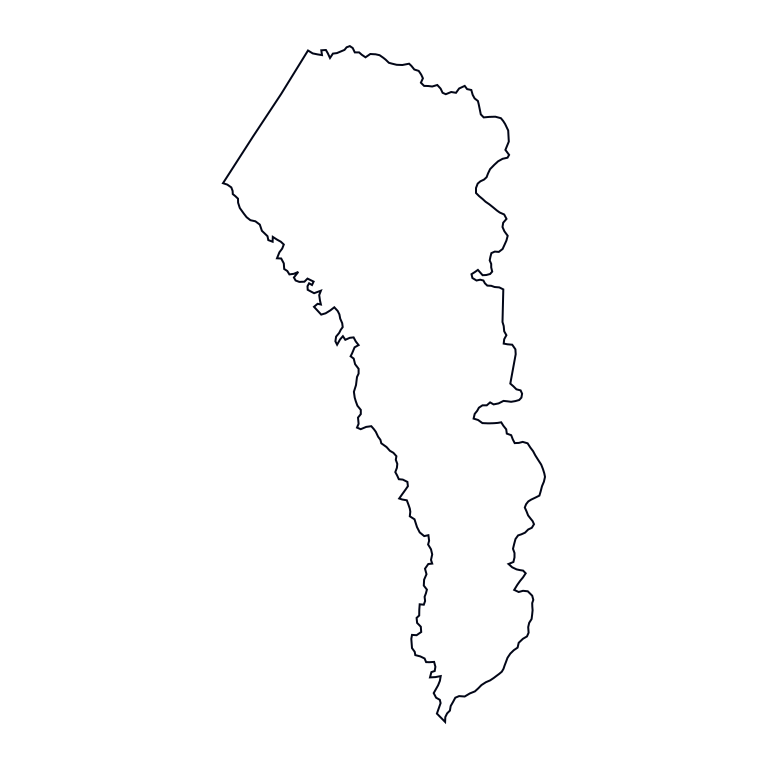 Colméia, Tocantins, Brazil
{"feature_id": "56859067B96092226018551", "entity_name": "Colméia", "entity_type": "district", "adm_level": 2, "iso_a3": "BRA", "parent_name": "Brazil", "parent_adm1": "Tocantins", "projection": "mercator", "projection_center": [-48.748, -8.892], "detail": "fine", "context": "isolated", "style": "outline", "palette": "ink", "viewbox_px": 768, "rotation_deg": 0, "n_neighbors": 0, "source": "geoboundaries", "source_scale": "gbopen_adm2", "svg_char_len": 5105}
<svg xmlns="http://www.w3.org/2000/svg" viewBox="0 0 768 768"><path d="M531.2,499.6L535.4,497.6L539.4,495.6L540.6,491.6L542.0,486.2L543.9,481.7L545.0,476.9L544.3,473.4L543.0,469.2L541.2,464.6L537.9,459.5L535.2,455.2L533.1,451.2L530.3,447.5L527.6,443.3L522.7,441.9L518.9,442.9L514.7,443.1L512.8,439.4L511.2,435.2L506.8,433.6L506.2,429.3L503.4,425.8L501.2,422.3L497.8,422.9L493.8,423.2L490.6,423.3L487.2,423.3L482.4,423.1L478.1,420.0L473.6,418.6L474.7,413.9L477.2,410.8L478.9,407.7L482.5,405.3L486.8,405.3L490.1,402.4L493.6,404.4L498.6,403.4L503.5,400.9L507.3,401.3L511.1,401.8L515.3,401.1L519.2,400.0L521.4,397.6L522.1,393.7L520.6,390.4L516.4,389.3L513.4,386.3L510.3,383.6L515.7,354.2L515.4,349.3L512.2,344.7L507.5,344.3L503.7,343.6L504.2,339.2L506.4,335.2L504.2,331.3L503.7,326.0L502.5,322.0L503.3,289.4L499.3,287.4L494.6,287.0L491.2,285.8L487.3,285.6L484.9,283.3L483.4,280.5L480.2,279.7L476.5,280.5L472.4,278.0L471.5,274.2L475.1,271.9L477.9,269.9L480.4,272.7L482.6,275.2L486.3,275.0L490.1,274.0L492.2,271.6L491.2,267.4L491.2,263.9L489.7,260.4L490.4,256.9L491.4,253.1L494.8,251.6L498.8,251.9L502.6,249.0L504.6,244.6L506.4,240.6L507.7,235.8L504.4,231.3L502.5,227.0L503.2,222.7L506.5,218.9L504.2,214.5L499.7,212.5L496.9,210.5L493.3,207.5L489.3,204.3L485.5,201.7L482.6,199.0L479.2,196.2L476.0,193.0L476.0,188.0L477.7,183.6L480.4,181.3L484.0,179.6L486.6,177.2L488.0,173.5L490.1,169.1L494.2,164.9L498.1,161.3L502.6,158.8L507.5,157.7L509.1,154.9L505.4,149.9L508.8,141.6L508.2,130.5L505.1,124.0L503.2,121.0L500.9,118.2L495.3,116.7L489.2,116.9L483.7,117.4L480.8,114.4L478.7,104.2L477.9,101.0L474.6,98.4L472.7,94.9L471.3,90.0L467.1,89.1L464.7,85.9L459.1,88.5L456.0,92.8L451.2,92.0L445.8,94.2L442.6,92.8L440.6,88.6L437.3,85.0L432.2,86.5L428.1,86.0L424.1,85.9L420.9,82.7L422.9,78.3L421.2,74.6L418.7,70.9L414.3,69.5L411.4,65.9L409.1,63.7L402.4,65.0L396.7,64.8L392.2,63.7L388.9,62.8L385.7,59.7L383.2,57.7L379.6,55.2L375.6,54.3L370.3,54.0L365.5,57.3L361.7,54.7L359.1,52.4L354.8,52.4L352.7,48.0L349.8,46.1L346.6,47.3L344.5,49.9L336.9,53.1L332.9,53.6L330.0,58.0L327.8,53.3L325.9,50.0L321.3,50.3L322.0,55.1L317.6,54.4L312.7,53.4L308.0,50.5L281.2,93.9L252.9,136.7L223.0,183.2L227.3,184.6L231.3,187.4L232.6,190.9L232.8,194.1L235.4,196.2L238.0,198.7L238.1,202.7L239.8,208.0L243.8,213.6L246.6,217.2L250.4,220.2L255.4,221.3L259.8,224.6L261.9,230.8L267.5,236.2L268.3,240.1L272.6,241.7L272.8,236.9L277.0,239.6L280.8,241.7L283.8,244.5L282.2,248.6L279.4,252.3L277.0,258.3L281.2,258.5L283.8,263.4L284.2,269.0L287.3,271.0L289.4,274.4L293.9,273.8L298.3,271.9L293.9,277.5L295.6,280.5L299.3,281.9L304.4,281.7L307.5,278.6L313.6,281.6L312.0,285.0L309.1,283.3L307.5,286.2L307.7,289.8L314.1,293.2L320.9,290.7L319.2,295.1L320.0,300.6L320.9,304.5L317.6,303.8L314.0,306.8L321.2,314.6L325.6,313.3L330.3,310.4L334.3,307.3L337.7,311.0L339.4,314.4L340.2,318.6L342.2,323.2L342.7,327.1L340.7,329.9L339.2,332.9L336.1,336.6L335.4,341.3L337.1,344.7L340.1,339.4L342.9,336.2L345.3,339.8L349.8,337.8L353.6,337.4L355.8,341.5L358.6,345.1L354.6,347.3L352.1,353.3L350.6,356.3L353.7,358.6L355.1,364.2L358.6,368.8L358.6,373.6L357.0,377.0L356.0,385.1L353.9,391.8L354.7,397.6L355.8,401.3L357.4,405.7L360.8,409.9L360.8,414.1L358.0,417.6L358.6,423.8L357.0,427.6L360.7,429.2L366.2,426.9L371.3,426.2L373.9,429.2L375.8,431.8L378.1,436.7L380.4,439.8L381.3,443.3L386.6,447.1L389.9,450.8L393.4,452.8L396.4,456.2L395.8,459.8L397.3,463.9L396.9,467.8L395.3,472.1L397.2,475.6L398.8,479.2L402.8,479.6L407.4,481.9L407.9,486.2L405.4,489.8L402.3,494.1L399.2,498.5L402.2,499.5L406.8,500.3L408.4,504.5L409.8,508.6L410.3,511.7L409.8,516.3L414.5,519.3L417.0,527.1L419.7,532.4L424.2,536.1L428.4,535.2L429.1,540.8L428.1,544.5L431.0,549.3L432.2,554.4L431.0,559.9L432.2,563.6L428.3,564.0L425.0,568.7L426.5,574.2L424.1,579.7L423.8,585.6L426.9,589.6L425.9,593.4L424.6,596.8L425.1,601.0L423.8,604.7L419.7,604.3L419.3,609.6L419.2,615.5L416.6,617.9L417.1,622.9L420.8,626.7L421.2,632.0L416.6,635.2L412.0,634.9L411.3,638.9L412.0,648.1L414.7,651.8L415.3,655.1L420.3,656.4L424.6,658.5L426.1,662.1L429.3,662.2L434.1,661.9L435.4,666.8L434.7,671.0L431.4,672.1L430.0,677.4L435.4,677.1L440.7,676.1L439.9,680.8L438.1,685.3L433.7,693.1L436.1,697.7L439.8,699.8L440.6,703.1L436.9,713.6L445.1,721.9L445.3,717.1L447.1,713.4L449.9,710.6L450.7,706.0L453.0,702.0L455.3,697.7L459.1,696.1L464.7,696.5L469.9,693.4L474.9,691.4L478.1,688.5L481.4,685.1L485.9,682.2L490.1,680.4L493.7,678.0L496.6,675.8L499.3,673.8L501.8,671.7L503.5,668.8L504.6,665.5L505.8,662.4L507.5,657.8L510.3,653.6L513.8,650.2L517.6,647.6L518.7,642.8L522.9,638.8L527.0,636.4L528.6,632.7L528.2,627.1L529.2,622.8L531.6,619.0L532.2,614.2L532.6,610.2L532.3,606.5L532.2,603.1L533.3,599.9L532.2,595.7L527.8,591.3L523.0,590.8L518.7,592.0L514.2,589.9L517.4,584.7L520.1,580.9L523.0,577.4L525.7,573.3L523.1,570.6L519.9,570.1L516.6,569.4L512.2,567.3L508.5,564.0L513.4,562.0L514.5,557.4L514.5,553.0L513.0,548.8L514.1,544.2L515.5,539.0L518.1,535.4L521.4,534.3L525.0,532.7L528.2,529.5L531.8,527.8L534.0,524.2L532.6,521.1L530.5,518.5L528.1,515.4L526.5,511.3L524.8,507.5L526.1,504.2L528.3,501.4L531.2,499.6Z" fill="none" stroke="#020617" stroke-width="2"/></svg>